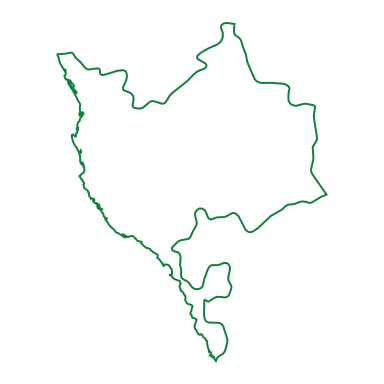 an SVG outline of Makkah
{"feature_id": "SAU-888", "entity_name": "Makkah", "entity_type": "Region", "adm_level": 1, "iso_a3": "SAU", "parent_name": "Saudi Arabia", "parent_adm1": "", "projection": "albers", "projection_center": [40.65, 21.044], "detail": "fine", "context": "isolated", "style": "outline", "palette": "green", "viewbox_px": 384, "rotation_deg": 0, "n_neighbors": 0, "source": "natural_earth", "source_scale": "10m", "svg_char_len": 5861}
<svg xmlns="http://www.w3.org/2000/svg" viewBox="0 0 384 384"><path d="M215.9,361.0L214.8,359.5L214.4,358.4L213.6,357.9L213.9,357.0L211.7,356.6L212.4,355.8L211.5,354.8L210.2,355.1L210.8,354.0L210.8,353.4L210.5,353.0L210.9,352.3L210.5,351.9L209.0,351.9L209.0,350.0L207.8,347.4L207.2,344.3L207.1,341.2L206.8,340.6L205.8,340.2L205.6,338.8L203.3,337.1L202.5,335.2L201.0,334.1L199.9,334.9L198.1,333.9L196.2,330.1L194.5,327.7L194.6,325.8L196.6,319.9L196.1,319.1L194.6,318.3L192.4,317.7L191.7,315.6L190.4,314.0L190.5,312.8L191.5,310.1L191.9,307.8L192.6,306.4L192.1,305.6L191.1,304.9L187.7,303.8L186.7,303.1L185.1,299.7L185.6,297.7L184.9,295.0L183.9,294.5L183.4,292.8L182.8,292.1L180.5,290.5L180.6,289.0L180.0,288.1L179.5,286.1L179.6,285.5L180.7,284.0L180.3,283.5L180.4,282.9L179.9,281.1L173.9,278.8L171.2,275.9L169.9,275.2L169.9,274.8L170.4,274.9L171.7,275.6L172.0,273.2L171.9,270.3L171.5,269.1L169.0,265.5L168.0,264.7L164.1,264.5L163.6,265.0L164.2,266.5L163.4,265.8L162.7,264.6L162.2,262.9L161.4,262.4L159.2,259.2L157.2,257.7L157.9,255.8L157.6,254.8L156.9,254.2L152.8,252.0L152.3,251.2L151.3,250.8L149.9,248.8L146.7,247.9L145.6,247.3L143.1,245.3L141.2,243.1L141.6,242.2L140.6,241.6L137.6,240.9L135.4,238.6L135.5,238.3L133.2,236.4L132.3,235.9L131.1,236.0L128.7,236.6L128.2,237.1L123.4,234.6L123.8,235.8L125.8,237.3L125.4,237.5L124.5,237.2L118.4,233.3L115.7,232.1L114.8,230.4L109.6,225.7L106.4,220.5L105.3,219.5L105.3,219.1L106.3,219.1L106.8,218.3L105.3,217.8L104.0,216.6L103.1,213.6L101.4,211.5L101.2,210.5L102.1,209.2L99.5,208.4L99.8,209.2L100.6,209.6L99.5,209.3L98.3,208.6L97.6,207.7L98.0,206.8L97.3,206.2L97.6,205.2L98.3,206.0L99.5,206.4L99.0,204.5L98.0,204.4L97.3,203.4L97.0,203.3L96.9,204.4L94.2,202.4L93.1,201.0L93.2,199.7L94.2,200.4L94.2,199.4L93.9,199.1L92.5,198.4L90.9,198.8L89.0,195.4L88.9,193.0L88.7,192.5L88.0,192.0L87.8,190.8L84.4,188.1L83.4,184.7L84.2,183.3L81.8,179.3L81.1,178.8L79.4,176.1L83.7,172.4L84.3,171.0L84.4,169.2L84.0,167.5L83.2,166.6L83.2,166.3L83.8,165.8L83.7,165.0L82.9,163.1L82.2,164.3L81.6,164.5L80.7,162.6L81.1,162.3L80.2,161.0L80.0,155.9L79.5,154.4L79.6,153.5L80.9,152.8L81.2,151.1L80.8,150.4L80.1,152.1L78.9,152.4L78.6,151.2L77.5,150.0L77.1,148.0L76.4,147.6L74.3,144.4L72.8,141.0L71.8,136.1L71.9,135.0L73.3,134.5L74.8,136.4L75.8,136.4L76.2,133.4L77.3,132.3L78.0,129.0L78.1,127.8L77.7,127.8L77.0,129.7L76.6,128.9L77.4,126.8L77.4,124.4L77.8,122.9L79.6,120.9L80.1,118.4L81.5,116.8L82.3,115.2L83.4,114.0L83.4,113.3L82.6,112.2L81.9,112.4L80.8,115.1L79.5,115.4L79.4,113.7L80.1,111.3L79.8,108.2L80.2,104.9L79.8,103.3L77.9,100.5L75.2,94.6L75.3,93.9L76.7,92.6L76.7,92.2L73.1,88.4L72.6,88.7L74.1,90.5L74.8,92.9L74.4,93.3L72.2,89.3L70.8,87.7L68.1,82.7L68.1,81.9L69.7,82.8L71.4,86.6L72.9,87.3L73.4,87.2L74.1,86.2L72.7,83.7L71.3,82.8L70.4,80.7L67.3,79.4L66.2,79.6L65.4,78.7L64.4,76.2L65.0,75.6L65.7,74.0L65.5,69.9L64.9,69.6L64.4,70.5L61.8,66.0L60.9,64.9L59.3,61.0L58.9,58.4L57.6,55.3L57.5,54.3L65.7,53.6L71.1,52.7L72.5,53.1L73.5,54.1L75.7,57.8L80.6,62.3L84.7,67.3L85.9,68.3L87.2,69.2L88.9,69.5L96.7,68.4L98.3,68.5L99.3,69.0L99.8,70.0L100.2,73.5L100.8,74.4L102.0,75.0L106.1,74.3L117.4,70.8L122.4,70.2L124.7,70.6L125.6,71.4L126.3,72.4L126.8,74.6L126.9,76.3L126.2,80.2L123.2,87.1L122.9,88.2L123.1,89.4L123.8,90.3L130.0,92.7L132.0,94.4L132.8,95.5L133.3,96.7L133.6,99.2L132.6,105.2L132.8,106.3L133.5,107.3L134.8,108.0L138.2,108.5L140.6,108.4L142.0,108.1L143.4,107.3L148.8,102.7L151.0,101.3L152.6,101.0L153.9,101.2L162.1,103.7L163.4,103.6L164.6,103.1L166.0,101.6L169.8,95.6L172.0,93.2L187.1,81.2L194.5,73.7L197.5,71.4L204.9,68.3L205.9,67.2L206.5,65.6L206.1,64.3L205.3,63.4L198.3,59.4L197.4,58.4L197.0,57.2L197.6,55.8L199.2,54.1L201.6,52.3L208.4,48.4L217.8,44.2L220.4,41.9L221.8,39.7L222.8,36.8L222.8,33.0L221.1,28.0L221.0,26.8L221.3,25.6L222.0,24.6L224.2,23.3L227.5,23.0L234.5,24.0L234.0,29.5L234.2,33.1L234.6,34.3L235.8,35.6L238.9,37.6L240.0,38.8L241.0,40.5L243.9,49.6L245.8,54.1L247.4,62.3L254.4,78.6L255.7,80.3L256.8,81.2L259.1,82.4L262.2,83.0L270.4,82.8L282.0,83.6L285.7,84.5L288.5,86.3L289.3,87.6L289.5,88.8L288.6,92.4L288.4,99.6L288.8,101.1L290.0,103.2L291.2,104.3L292.4,105.0L295.9,105.9L303.4,103.9L305.8,103.7L313.3,105.2L314.3,105.7L315.1,106.6L313.9,115.3L313.9,117.7L316.9,137.0L316.9,138.1L316.8,139.4L315.9,141.8L313.1,146.1L312.7,147.3L313.4,158.1L313.1,160.6L311.1,169.0L311.1,171.4L312.1,173.8L326.5,194.6L320.9,196.9L312.5,202.1L310.6,202.8L309.1,202.9L305.5,201.8L302.6,201.4L298.6,202.3L294.2,204.1L290.0,204.4L288.1,204.8L286.6,205.5L285.3,206.4L281.7,209.8L271.1,215.8L257.5,228.5L252.8,231.5L251.0,232.1L249.5,232.2L248.3,231.8L246.1,230.3L245.2,229.1L238.5,216.1L235.5,213.5L233.1,212.9L231.9,213.3L226.9,216.1L224.6,217.0L217.0,217.4L211.3,219.4L210.2,219.3L208.7,218.4L208.0,217.4L205.6,211.5L204.7,210.3L203.6,209.3L201.9,208.6L199.3,208.5L197.1,209.9L195.4,212.3L195.1,213.3L195.1,215.7L196.6,221.5L196.7,223.8L196.3,225.4L192.5,232.3L190.3,237.2L189.0,238.4L187.8,239.0L181.2,240.2L178.2,241.4L172.8,246.6L172.1,247.7L171.9,248.8L172.3,249.9L173.2,250.8L174.2,251.3L178.3,252.5L179.7,254.1L180.2,255.2L180.6,257.7L180.1,264.8L181.2,269.8L181.0,275.7L181.8,278.0L183.3,279.3L187.5,281.6L188.8,282.8L192.2,287.4L194.7,288.9L196.1,289.2L198.6,289.0L200.9,288.1L201.9,287.2L203.0,285.1L204.3,278.9L207.7,269.6L209.2,267.1L210.3,265.8L212.4,265.1L217.5,265.1L219.4,264.8L223.3,263.1L225.6,263.0L226.6,263.1L228.1,263.9L229.5,266.1L229.9,267.3L229.9,269.6L228.3,277.2L228.2,278.5L228.7,281.2L231.0,285.1L231.4,286.5L231.4,287.9L229.1,295.0L228.3,296.0L226.3,297.2L224.7,297.4L218.6,296.8L216.3,297.0L212.6,298.9L208.9,301.5L207.8,301.5L204.9,299.8L204.4,300.4L204.3,301.4L204.0,314.9L204.6,318.5L205.7,320.8L206.6,321.7L208.8,322.6L217.1,322.7L219.5,323.1L221.7,324.1L223.2,326.2L227.4,339.3L227.3,342.4L225.4,349.8L224.4,352.0L222.7,354.0L218.3,356.6L216.9,358.5L215.9,361.0Z" fill="none" stroke="#15803d" stroke-width="2"/></svg>